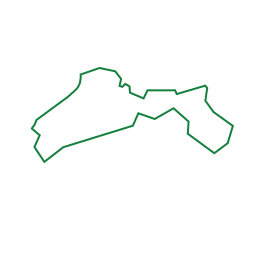 the district of Panyikang, Upper Nile, South Sudan, rotated 324°
{"feature_id": "79223893B85148589397174", "entity_name": "Panyikang", "entity_type": "district", "adm_level": 2, "iso_a3": "SSD", "parent_name": "South Sudan", "parent_adm1": "Upper Nile", "projection": "robinson", "projection_center": [31.399, 9.348], "detail": "fine", "context": "isolated", "style": "outline", "palette": "green", "viewbox_px": 256, "rotation_deg": 324, "n_neighbors": 0, "source": "geoboundaries", "source_scale": "gbopen_adm2", "svg_char_len": 744}
<svg xmlns="http://www.w3.org/2000/svg" viewBox="0 0 256 256"><g transform="rotate(324 128 128)"><path d="M40.4,106.2L64.4,105.5L96.4,116.4L133.3,129.0L145.0,122.2L154.9,136.4L176.4,138.8L180.8,158.4L173.0,167.8L183.0,199.1L199.7,198.9L214.1,187.9L206.6,165.4L206.6,151.4L215.6,142.2L215.3,139.1L187.4,129.2L188.3,125.2L165.9,109.0L158.0,113.2L150.4,100.6L153.7,95.1L151.6,90.7L147.7,91.4L145.9,89.0L151.3,84.2L151.0,74.6L140.2,62.7L121.2,56.9L119.3,59.5L117.8,61.1L115.7,63.1L114.4,64.1L113.1,64.7L111.0,65.7L109.1,66.2L107.1,66.5L104.5,66.8L101.8,67.0L99.4,67.3L96.7,67.5L89.3,67.5L58.5,67.7L57.7,68.3L56.4,69.2L54.4,70.4L52.6,71.1L51.0,71.3L49.9,72.1L52.3,82.0L41.1,88.4L40.4,106.2Z" fill="none" stroke="#15803d" stroke-width="2"/></g></svg>